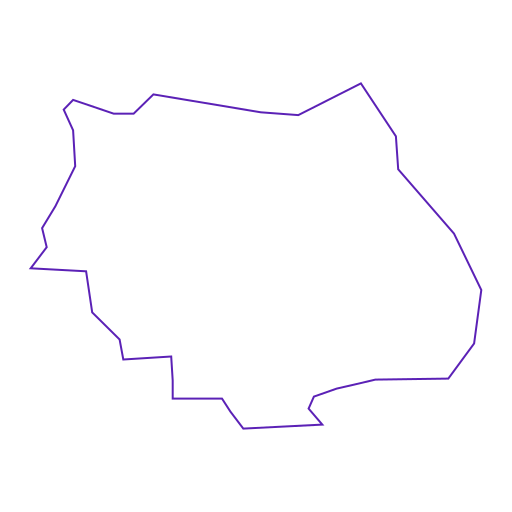 Gramsh, Elbasan, Albania
{"feature_id": "67620474B60363170083379", "entity_name": "Gramsh", "entity_type": "district", "adm_level": 2, "iso_a3": "ALB", "parent_name": "Albania", "parent_adm1": "Elbasan", "projection": "mercator", "projection_center": [20.218, 40.831], "detail": "fine", "context": "isolated", "style": "outline", "palette": "violet", "viewbox_px": 512, "rotation_deg": 0, "n_neighbors": 0, "source": "geoboundaries", "source_scale": "gbopen_adm2", "svg_char_len": 557}
<svg xmlns="http://www.w3.org/2000/svg" viewBox="0 0 512 512"><path d="M55.4,206.2L42.1,228.1L46.7,247.2L30.7,268.3L86.1,271.3L92.2,312.4L119.6,339.5L123.3,359.5L171.2,356.5L172.7,380.6L172.7,398.6L222.0,398.6L230.4,411.6L243.3,428.6L322.3,424.6L308.6,408.6L313.9,396.6L336.7,388.6L354.2,384.6L375.4,379.6L448.3,378.6L474.1,343.5L481.3,290.0L454.0,233.6L398.2,169.3L395.9,136.3L360.9,83.4L298.3,115.1L260.8,112.3L153.4,94.4L133.6,113.7L113.8,113.7L73.1,99.9L63.7,109.6L73.1,130.3L75.2,166.2L55.4,206.2Z" fill="none" stroke="#5b21b6" stroke-width="2"/></svg>